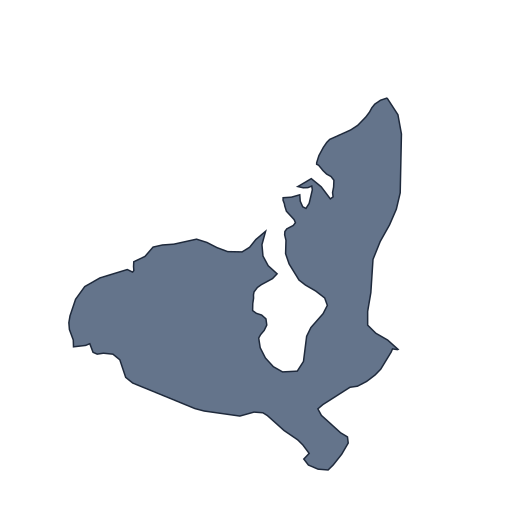 map outline of Sorsogon (Albers equal-area conic projection), rotated 106°
{"feature_id": "PHL-2541", "entity_name": "Sorsogon", "entity_type": "Province", "adm_level": 1, "iso_a3": "PHL", "parent_name": "Philippines", "parent_adm1": "", "projection": "albers", "projection_center": [123.877, 12.827], "detail": "fine", "context": "isolated", "style": "filled", "palette": "slate", "viewbox_px": 512, "rotation_deg": 106, "n_neighbors": 0, "source": "natural_earth", "source_scale": "10m", "svg_char_len": 2101}
<svg xmlns="http://www.w3.org/2000/svg" viewBox="0 0 512 512"><g transform="rotate(106 256 256)"><path d="M306.6,93.7L307.0,94.2L307.7,99.2L311.1,99.6L330.4,104.9L337.5,108.7L346.1,115.1L353.2,122.6L356.3,129.5L380.3,150.7L385.9,154.4L391.2,149.2L402.6,126.0L404.7,118.2L410.4,115.8L423.0,119.0L435.6,124.2L441.8,127.7L443.8,137.6L442.5,148.0L438.0,154.1L431.1,150.5L424.7,158.9L421.2,165.3L416.0,181.0L406.2,201.2L404.8,206.2L406.6,214.9L414.3,227.4L419.3,263.1L419.5,272.6L412.1,339.5L408.6,347.8L393.3,358.3L389.8,366.5L391.5,375.9L394.1,381.6L393.5,386.1L386.1,391.6L388.9,395.1L393.6,406.4L387.1,408.5L378.1,415.1L371.7,417.5L364.8,418.3L347.3,417.5L332.6,412.2L320.0,399.9L304.5,376.0L305.5,370.2L303.7,369.4L299.9,370.8L295.2,371.9L287.0,362.6L275.8,357.4L271.2,349.0L267.3,338.3L256.2,317.8L256.5,306.9L258.7,295.8L259.6,284.4L255.9,270.5L249.3,264.5L240.2,260.7L229.6,253.6L243.5,253.4L254.1,249.3L262.0,241.6L267.3,230.8L273.2,233.9L282.0,242.9L285.9,246.0L291.1,248.0L294.1,247.7L297.2,246.7L302.6,246.0L309.4,244.2L311.0,239.9L311.2,234.3L313.7,229.1L319.4,226.6L325.2,227.6L330.3,229.9L334.1,230.8L343.0,226.7L351.4,218.9L357.6,208.9L360.1,198.5L355.3,184.6L344.3,181.3L319.2,185.2L309.6,183.5L292.9,175.6L283.8,173.8L277.4,178.4L273.2,189.0L270.3,200.5L267.3,208.0L254.5,222.0L245.6,228.2L232.7,231.5L227.7,234.3L224.4,235.0L221.3,233.8L216.4,228.6L213.1,227.3L210.5,229.4L204.6,239.1L199.9,242.2L198.0,243.1L194.9,245.4L192.5,246.0L189.7,238.2L185.1,230.8L191.1,228.6L195.8,224.7L196.5,221.1L190.8,219.4L176.8,220.1L173.4,221.7L176.0,225.0L177.4,229.4L177.7,234.9L166.4,224.2L171.5,212.4L180.6,200.3L177.9,198.2L173.9,199.9L168.3,200.4L161.7,202.0L158.9,205.8L157.8,210.7L155.4,215.2L151.5,220.8L151.1,223.0L149.5,223.4L142.1,223.2L133.0,221.2L127.3,219.3L123.6,217.3L108.8,199.8L102.3,194.2L91.8,188.6L86.2,186.5L81.6,185.5L77.3,183.7L71.9,179.2L68.2,173.8L68.5,173.0L81.1,158.5L98.7,149.8L155.5,134.8L172.3,134.0L189.2,136.2L207.8,140.6L227.0,142.6L259.6,135.5L278.5,133.4L291.7,129.6L297.2,119.6L300.5,106.3L306.6,93.7Z" fill="#64748b" stroke="#1e293b" stroke-width="1.5"/></g></svg>